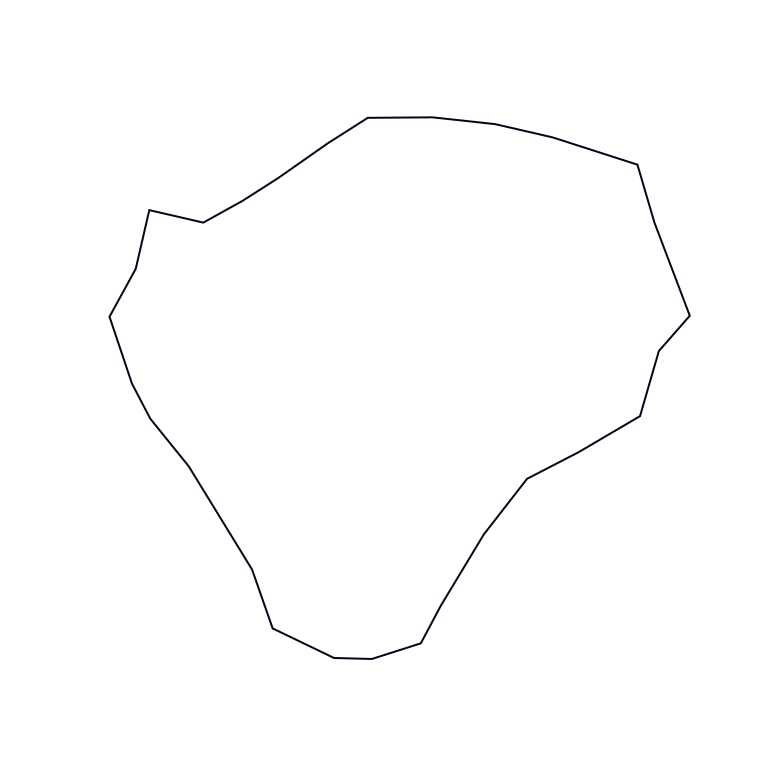 Ftericha, Cyprus, rotated 103°
{"feature_id": "46923920B7341573367823", "entity_name": "Ftericha", "entity_type": "district", "adm_level": 2, "iso_a3": "CYP", "parent_name": "Cyprus", "parent_adm1": "", "projection": "robinson", "projection_center": [33.226, 35.318], "detail": "fine", "context": "isolated", "style": "outline", "palette": "ink", "viewbox_px": 768, "rotation_deg": 103, "n_neighbors": 0, "source": "geoboundaries", "source_scale": "gbopen_adm2", "svg_char_len": 526}
<svg xmlns="http://www.w3.org/2000/svg" viewBox="0 0 768 768"><g transform="rotate(103 384 384)"><path d="M248.7,101.4L165.9,156.8L113.3,186.4L105.8,275.0L105.8,334.1L113.3,396.9L128.3,459.7L162.2,493.0L207.3,533.6L237.4,563.1L267.4,596.4L267.4,651.8L327.6,651.8L380.2,666.6L440.4,629.6L470.5,603.8L508.1,555.8L553.2,511.4L594.5,470.8L647.2,437.5L662.2,371.1L654.7,334.1L628.4,289.8L587.0,278.7L508.1,252.9L444.2,223.3L406.6,179.0L357.7,127.3L290.0,123.6L248.7,101.4Z" fill="none" stroke="#020617" stroke-width="2"/></g></svg>